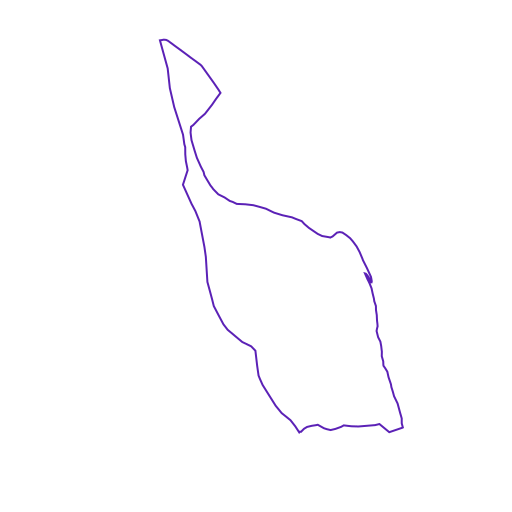 Qus, Qina, Egypt, rotated 139°
{"feature_id": "37247803B95427647060127", "entity_name": "Qus", "entity_type": "district", "adm_level": 2, "iso_a3": "EGY", "parent_name": "Egypt", "parent_adm1": "Qina", "projection": "equal_earth", "projection_center": [32.772, 25.856], "detail": "fine", "context": "isolated", "style": "outline", "palette": "violet", "viewbox_px": 512, "rotation_deg": 139, "n_neighbors": 0, "source": "geoboundaries", "source_scale": "gbopen_adm2", "svg_char_len": 2413}
<svg xmlns="http://www.w3.org/2000/svg" viewBox="0 0 512 512"><g transform="rotate(139 256 256)"><path d="M257.7,30.2L255.8,34.1L252.6,37.8L250.9,41.4L250.6,42.1L245.9,51.8L243.8,59.6L241.9,63.5L239.8,68.3L238.4,70.5L237.6,72.4L235.6,77.3L235.1,78.3L232.8,82.5L232.1,86.6L231.8,89.5L231.2,90.4L229.1,93.0L226.8,97.9L223.8,101.2L220.6,105.9L218.3,109.8L217.1,114.6L214.2,120.3L212.6,121.6L210.3,123.2L210.2,123.4L210.1,123.5L208.9,125.1L207.0,127.9L203.6,132.2L200.9,136.5L198.3,139.6L196.4,144.3L195.8,145.2L194.9,146.6L192.5,151.3L190.0,155.8L188.4,160.4L187.6,163.2L187.1,165.3L185.7,169.8L185.2,171.3L184.7,170.5L184.7,168.2L185.0,165.9L185.6,163.3L185.8,162.6L186.7,159.9L186.8,159.8L185.2,161.0L183.8,163.3L182.9,164.9L180.2,174.1L178.0,182.8L177.5,184.0L175.2,191.0L173.8,197.2L173.3,203.6L173.3,207.7L174.2,212.6L175.4,217.0L177.1,219.1L179.5,220.5L182.4,220.5L185.4,220.5L187.8,221.2L187.8,221.3L189.8,223.8L193.0,227.7L194.1,230.3L194.9,232.1L196.4,237.8L197.7,242.8L197.7,243.0L198.5,248.3L198.6,252.3L201.7,258.0L203.5,261.6L209.3,269.4L213.9,276.8L215.0,279.3L216.8,283.6L217.5,285.2L221.0,290.6L224.7,296.1L230.2,302.1L236.3,307.9L236.8,309.0L238.1,312.1L239.7,314.8L241.3,320.8L244.0,327.3L244.4,334.5L244.2,336.5L244.1,339.1L242.9,345.9L242.0,350.8L240.4,353.8L239.3,358.4L238.9,360.0L236.2,368.9L233.2,375.8L228.7,385.7L226.5,389.0L224.4,392.1L220.2,396.2L217.4,396.0L208.8,396.8L201.2,396.8L189.9,399.0L183.0,400.8L175.8,402.4L175.2,406.2L174.2,414.9L172.3,434.9L172.4,436.6L175.1,448.5L176.9,456.9L179.6,468.8L179.9,470.3L181.3,476.4L182.1,478.1L183.6,479.7L183.7,479.8L185.3,480.7L187.0,481.8L191.9,471.6L199.6,455.5L210.9,439.2L220.0,422.1L231.5,395.4L236.8,387.3L238.0,384.6L242.7,379.1L246.7,373.6L249.8,368.1L251.3,365.6L264.4,357.7L270.5,337.4L270.9,335.5L272.3,329.6L276.0,318.9L276.8,317.6L289.1,296.5L294.4,288.3L309.7,268.3L313.6,260.2L317.5,252.2L320.7,245.9L323.1,235.8L325.4,225.8L325.8,218.9L322.8,200.1L318.9,191.0L318.6,184.9L327.2,172.3L332.5,164.1L333.7,160.6L335.6,154.4L336.8,146.8L339.4,130.1L339.7,120.6L337.7,109.5L338.1,101.7L339.1,94.5L338.1,94.6L337.4,93.8L337.0,93.8L336.0,93.9L333.1,94.1L329.6,93.5L325.2,91.2L321.6,88.9L320.1,88.1L317.7,81.4L316.2,78.9L313.9,75.7L309.5,73.4L303.8,71.2L300.9,70.6L297.9,67.3L295.7,64.9L293.1,62.5L290.5,60.1L277.7,50.7L277.2,50.3L273.1,48.2L271.0,35.6L257.8,30.2L257.7,30.2Z" fill="none" stroke="#5b21b6" stroke-width="2"/></g></svg>